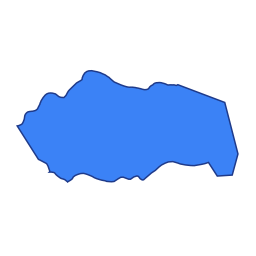 Obrier, Laborie, Saint Lucia (Natural Earth projection), rotated 272°
{"feature_id": "8701671B40447391578275", "entity_name": "Obrier", "entity_type": "district", "adm_level": 2, "iso_a3": "LCA", "parent_name": "Saint Lucia", "parent_adm1": "Laborie", "projection": "natural_earth1", "projection_center": [-60.973, 13.769], "detail": "fine", "context": "isolated", "style": "filled", "palette": "blue", "viewbox_px": 256, "rotation_deg": 272, "n_neighbors": 0, "source": "geoboundaries", "source_scale": "gbopen_adm2", "svg_char_len": 2857}
<svg xmlns="http://www.w3.org/2000/svg" viewBox="0 0 256 256"><g transform="rotate(272 128 128)"><path d="M83.1,218.9L84.6,233.8L105.9,238.8L110.7,237.4L156.9,223.8L173.0,176.3L172.6,175.6L172.2,174.8L172.3,174.1L172.6,173.3L172.7,172.1L172.6,171.0L172.6,170.1L172.6,169.2L172.6,168.5L172.5,167.8L172.4,167.0L172.4,166.4L172.6,165.6L172.9,165.0L173.2,164.3L173.6,163.1L173.9,161.9L174.0,161.2L174.2,160.5L174.4,159.6L174.5,158.8L174.5,158.4L174.5,157.4L174.4,156.7L174.3,156.2L174.3,155.5L174.2,154.6L174.0,154.1L173.7,153.2L173.2,152.4L172.6,151.8L172.0,151.3L171.5,150.4L171.2,149.8L170.6,149.1L169.8,148.3L169.2,147.9L168.5,147.5L168.2,147.2L167.6,146.6L167.3,145.9L167.1,145.3L167.0,144.4L166.9,143.9L166.9,143.0L167.0,142.4L167.2,141.2L167.4,140.4L167.7,139.3L167.9,138.2L168.2,136.8L168.3,136.1L168.4,135.2L168.7,133.8L168.8,132.4L168.9,131.5L168.9,130.5L168.9,129.4L168.8,128.4L168.8,127.5L169.0,125.9L169.1,125.4L169.5,123.8L169.9,122.3L170.9,119.2L172.7,114.6L172.9,114.2L173.2,113.2L173.5,112.7L173.8,112.1L174.1,111.8L174.5,111.3L175.0,110.6L175.4,110.2L176.0,109.4L176.6,108.7L176.9,108.3L177.8,107.4L178.8,105.6L180.3,103.3L181.5,100.2L182.3,98.4L183.1,95.1L184.0,89.7L183.7,86.7L183.0,84.8L181.3,82.7L180.3,82.2L179.0,81.4L176.4,80.5L174.8,80.4L173.7,79.0L172.1,76.4L171.2,75.0L166.1,70.1L164.0,68.1L162.6,67.0L160.7,66.0L158.4,64.9L156.2,62.9L156.3,59.8L156.9,57.9L157.9,56.5L159.0,55.1L159.6,54.1L160.2,51.3L160.3,49.3L160.0,47.4L159.3,45.7L158.0,44.1L155.4,42.1L152.8,40.6L151.9,40.1L150.8,39.8L149.8,39.3L148.7,39.1L145.8,37.7L143.9,36.9L142.9,35.8L142.2,34.7L141.4,32.0L141.4,31.5L141.0,28.9L140.6,27.4L139.7,26.2L138.2,25.0L136.9,24.5L136.5,24.4L134.8,24.2L133.1,24.0L132.0,23.6L130.7,23.2L129.0,22.4L128.1,21.7L127.6,20.9L126.6,18.8L126.2,17.2L93.5,39.6L92.8,41.3L92.2,42.5L91.5,44.0L90.7,45.6L90.0,47.1L89.5,47.9L89.0,48.3L88.0,48.9L86.9,49.5L85.3,50.1L83.7,50.7L82.6,51.2L82.1,51.2L81.3,51.2L81.2,51.1L81.3,52.8L81.1,54.4L80.9,55.6L80.5,56.3L79.9,56.8L78.7,57.9L77.5,59.4L76.0,61.6L75.3,62.8L75.0,63.9L74.6,65.5L74.2,66.5L73.7,67.4L72.9,68.3L72.4,69.1L72.2,69.4L72.0,69.5L72.6,70.4L73.3,71.5L74.1,72.7L75.3,74.1L75.9,74.4L76.9,74.9L77.3,75.2L77.8,75.8L78.6,76.8L79.1,77.8L79.5,78.6L80.0,79.8L80.6,81.5L80.8,82.2L81.0,83.8L81.1,85.2L80.8,86.7L80.4,88.2L80.1,89.2L79.5,90.9L79.0,92.3L78.5,93.6L77.9,94.8L77.2,96.0L76.9,96.8L76.7,97.4L76.3,98.4L76.0,99.5L75.4,101.7L75.0,103.4L74.8,104.5L74.5,106.7L74.4,107.2L73.9,108.5L73.7,113.4L74.1,116.0L77.0,120.1L78.5,122.5L78.7,124.9L77.6,128.2L76.9,130.3L76.9,132.3L79.3,135.5L80.4,138.6L80.0,140.1L77.7,142.0L76.6,144.0L76.8,145.4L78.9,147.6L82.4,151.4L83.9,153.0L86.6,156.8L90.1,160.3L92.2,162.8L94.2,166.4L95.5,169.5L96.0,174.0L94.7,179.1L93.9,181.5L93.1,186.7L92.7,192.0L92.7,195.5L94.2,202.6L95.1,206.1L96.4,209.6L83.1,218.9Z" fill="#3b82f6" stroke="#1e3a8a" stroke-width="1.5"/></g></svg>